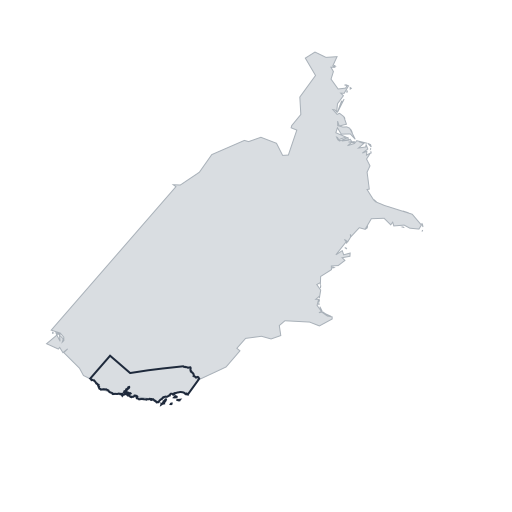 United States of America, with California highlighted, rotated 311°
{"feature_id": "USA-3521", "entity_name": "California", "entity_type": "State", "adm_level": 1, "iso_a3": "USA", "parent_name": "United States of America", "parent_adm1": "", "projection": "robinson", "projection_center": [-120.441, 37.266], "detail": "fine", "context": "in_parent", "style": "outline", "palette": "slate", "viewbox_px": 512, "rotation_deg": 311, "n_neighbors": 0, "source": "natural_earth", "source_scale": "10m", "svg_char_len": 8909}
<svg xmlns="http://www.w3.org/2000/svg" viewBox="0 0 512 512"><g transform="rotate(311 256 256)"><path d="M404.7,184.8L431.3,182.5L437.7,163.4L448.6,166.7L451.8,178.5L459.6,186.4L449.9,189.2L449.9,191.4L447.6,188.7L446.0,193.4L438.7,196.6L435.9,208.4L441.5,213.5L444.4,212.9L443.1,210.6L444.3,211.7L445.1,214.2L436.6,215.8L434.5,213.1L434.3,216.8L424.4,217.6L417.7,222.3L418.0,219.7L416.9,217.9L416.1,224.3L418.5,225.4L418.8,230.8L414.8,237.8L408.7,233.5L411.3,229.1L408.0,232.1L410.3,237.0L413.0,239.8L413.9,242.9L409.2,254.3L410.0,247.1L403.9,240.4L406.2,233.3L401.4,235.4L404.8,246.0L399.5,242.8L397.8,243.1L398.9,239.8L398.6,238.8L397.4,241.4L397.6,243.6L405.7,247.7L404.3,249.6L400.4,245.9L399.1,245.3L403.9,249.7L405.9,250.5L405.2,253.2L402.6,251.1L406.8,255.2L406.0,255.7L404.0,253.6L399.3,252.7L405.5,256.5L409.1,256.4L414.1,266.1L409.8,258.7L411.6,263.5L404.7,262.5L410.3,267.3L412.4,265.9L410.1,270.2L403.4,268.7L407.7,271.0L404.6,273.2L408.8,274.8L401.7,275.8L398.8,282.9L392.2,284.8L380.8,297.6L379.0,296.2L375.5,307.9L375.4,310.8L378.4,319.8L390.0,346.5L387.9,360.5L383.2,361.3L377.9,353.8L376.5,347.5L369.1,340.3L371.2,337.0L367.9,337.2L368.5,327.9L359.8,318.6L347.7,320.8L345.1,315.4L332.9,315.0L334.3,312.9L332.3,315.0L327.0,315.9L326.5,311.8L325.9,314.7L309.3,315.5L316.6,317.6L314.4,321.4L320.0,325.1L317.4,327.1L311.2,322.1L311.0,326.0L302.7,324.3L297.9,319.4L295.2,321.9L283.0,318.2L276.4,323.5L278.1,322.0L274.3,320.6L272.7,327.2L265.7,331.5L267.3,330.2L262.5,329.5L264.3,331.7L258.8,334.5L257.1,341.8L254.5,340.7L256.8,342.6L257.5,349.3L260.0,353.4L258.4,354.8L244.8,349.7L241.3,339.8L226.1,320.3L218.8,319.2L212.2,326.9L203.3,321.8L199.0,312.8L187.0,302.2L173.8,302.1L173.9,306.1L152.6,306.2L124.7,293.8L106.7,295.4L104.1,288.6L96.3,282.2L80.4,277.1L80.3,272.3L66.8,250.8L67.2,248.5L69.9,251.4L68.2,246.7L73.9,246.2L63.1,246.8L53.7,226.7L55.7,216.1L52.6,204.2L55.5,196.4L57.0,174.3L62.4,174.8L56.4,173.7L58.2,167.8L56.1,167.9L52.4,155.5L65.7,157.6L63.1,164.1L67.4,159.5L67.0,164.9L63.9,166.3L66.1,166.5L68.6,164.2L69.4,158.7L65.7,150.1L255.8,150.1L255.5,146.8L259.9,152.3L282.1,158.3L303.5,156.1L335.6,171.4L337.5,175.4L348.8,181.8L354.5,197.5L349.4,210.1L353.4,214.2L377.8,204.2L375.8,198.4L377.9,197.4L392.2,197.0L404.7,184.8ZM428.0,220.3L432.2,219.6L417.6,223.3L429.3,218.8L428.0,220.3ZM66.8,155.4L68.5,158.9L68.4,159.4L66.0,156.8L66.8,155.4ZM259.7,352.2L257.6,346.3L257.6,343.0L258.0,346.5L259.7,352.2ZM451.1,189.7L451.4,191.5L450.7,191.1L451.1,189.7ZM298.1,321.2L298.5,322.6L297.1,321.5L298.1,321.2ZM86.6,282.6L88.4,281.8L88.5,282.1L86.6,282.6ZM84.6,282.1L83.9,283.0L83.3,282.2L84.6,282.1ZM440.7,216.1L439.7,217.3L439.3,217.0L440.7,216.1ZM258.4,339.9L257.5,342.6L259.7,337.4L258.4,339.9ZM386.5,337.7L388.7,342.9L386.2,337.2L386.5,337.7ZM96.0,287.0L96.8,288.4L95.9,287.1L96.0,287.0ZM388.8,361.3L387.4,363.0L389.6,359.5L388.8,361.3ZM415.2,269.4L413.9,271.4L414.4,266.6L415.2,269.4ZM64.9,152.6L65.0,153.6L64.2,153.1L64.9,152.6ZM264.4,332.8L261.9,334.0L264.5,332.4L264.4,332.8ZM444.9,216.6L445.1,217.9L443.8,217.6L444.9,216.6ZM96.0,290.9L96.6,292.7L95.7,291.1L96.0,290.9ZM261.3,335.0L260.3,335.7L261.1,334.6L261.3,335.0ZM413.5,245.1L412.2,247.9L413.6,244.1L413.5,245.1ZM275.7,324.6L274.0,325.7L276.4,323.9L275.7,324.6ZM375.9,309.3L375.9,311.5L375.5,310.0L375.9,309.3ZM409.5,275.1L408.9,275.6L410.4,273.9L409.5,275.1ZM352.1,320.4L350.1,321.5L349.3,321.3L352.1,320.4ZM326.1,315.5L325.8,315.9L324.6,315.8L326.1,315.5ZM374.3,347.7L374.7,349.3L373.9,347.4L374.3,347.7ZM321.1,318.6L320.9,320.0L320.6,317.5L321.1,318.6ZM384.4,365.0L383.3,365.2L384.9,364.7L384.4,365.0ZM418.6,231.8L417.9,233.1L418.6,231.2L418.6,231.8ZM412.6,271.8L412.0,272.3L411.8,272.3L412.6,271.8Z" fill="#d9dde1" stroke="#a8b0b8" stroke-width="1"/><path d="M124.7,293.8L106.7,295.4L106.5,294.4L106.4,294.2L106.0,294.0L106.0,293.9L106.4,293.9L106.8,294.8L106.9,294.6L106.7,294.0L106.3,293.8L106.3,293.7L106.1,293.7L105.9,293.8L105.9,294.2L105.7,294.0L105.7,293.2L105.5,292.7L105.7,292.3L105.6,291.3L105.2,290.3L103.8,288.2L102.7,287.3L102.1,286.9L101.4,286.2L100.3,285.6L99.2,284.6L98.5,284.4L98.7,284.6L98.4,284.4L98.2,284.4L98.0,284.5L98.1,284.9L97.9,285.0L97.4,284.7L97.0,284.6L96.9,284.3L97.1,284.0L97.2,283.8L96.8,282.8L96.2,282.1L95.1,282.0L94.5,282.0L94.2,282.1L94.1,282.3L93.7,282.0L93.1,281.9L91.9,281.4L91.7,281.4L91.1,281.0L90.5,279.9L90.1,279.7L89.8,279.5L89.7,279.5L89.2,279.0L88.8,278.9L88.4,278.6L87.6,278.6L87.3,278.8L86.7,278.6L86.1,278.7L85.7,278.4L85.1,278.2L84.5,278.2L84.2,278.1L83.0,278.1L81.8,278.4L81.6,278.3L81.4,277.7L80.9,277.4L80.4,277.3L80.3,277.1L80.7,276.0L80.4,275.6L80.6,274.7L80.4,274.3L80.2,274.2L80.4,273.1L80.4,272.2L79.9,271.8L79.6,271.8L79.5,272.0L78.6,271.4L78.5,271.2L78.8,270.2L78.8,270.5L79.0,270.4L78.7,270.1L78.6,269.5L78.4,269.4L77.7,269.3L77.0,268.5L76.5,267.7L76.3,267.8L75.6,267.5L75.2,266.4L74.3,265.5L74.0,264.5L73.6,264.3L72.7,263.1L72.0,262.5L71.7,262.4L71.5,262.0L71.1,261.8L71.1,261.1L70.8,260.2L70.7,259.9L70.9,259.9L70.9,259.6L70.5,259.3L70.8,258.8L71.2,259.2L71.3,259.1L71.7,258.7L71.8,258.0L72.1,258.1L72.1,257.9L71.8,257.8L71.9,257.3L71.8,257.1L71.4,256.3L71.1,255.9L70.9,255.8L70.6,256.0L70.2,256.0L69.4,255.9L68.8,255.4L68.2,254.6L67.9,254.6L67.9,254.4L67.7,254.1L67.4,253.9L67.3,253.4L67.5,252.4L67.2,251.7L67.1,251.4L66.9,251.2L66.6,250.9L66.6,250.3L66.8,249.7L66.7,248.7L66.9,248.6L67.0,248.4L67.5,248.4L67.8,249.1L67.8,249.3L67.6,249.3L67.7,249.8L67.6,250.0L67.8,250.2L67.7,250.2L68.6,250.6L68.7,250.8L69.0,250.9L68.9,251.0L69.4,251.2L69.7,251.6L70.0,251.6L70.0,251.4L70.0,251.2L69.7,251.1L69.4,250.5L69.2,249.7L69.0,249.4L68.9,249.3L68.6,249.2L68.9,249.0L68.9,248.9L68.4,248.8L68.3,248.7L68.0,248.7L68.0,248.4L68.3,248.2L68.2,247.9L68.1,248.0L68.2,247.7L67.6,247.6L67.6,247.4L67.3,247.0L67.5,247.1L67.8,246.8L67.8,246.6L68.3,246.6L68.4,246.4L68.8,246.2L69.4,246.5L69.9,246.3L70.4,246.2L72.7,246.7L72.8,246.6L72.5,246.4L72.8,246.3L72.9,246.0L73.3,245.8L73.5,245.9L73.6,246.1L73.2,246.2L73.2,246.3L73.3,246.5L73.5,246.5L73.6,246.1L74.5,246.7L74.2,246.3L73.8,246.2L73.6,245.9L73.4,245.8L72.8,245.9L72.7,246.3L72.3,246.5L72.1,246.4L72.1,246.2L72.5,245.9L72.8,245.4L72.3,246.0L71.9,246.2L71.6,246.1L71.2,246.3L71.0,246.2L70.7,246.1L70.4,245.9L70.6,245.7L70.1,245.5L69.5,246.4L69.3,246.3L69.1,246.2L68.6,246.1L68.3,245.8L67.6,245.4L67.3,245.6L66.8,245.7L66.9,245.8L66.9,246.0L66.8,246.6L67.2,246.9L66.8,247.0L66.8,247.3L67.2,247.8L67.1,248.0L67.0,247.7L66.8,247.7L66.8,247.9L66.9,248.0L67.0,248.2L66.6,248.4L65.7,247.6L65.3,247.7L65.1,247.6L64.4,246.8L63.7,246.4L63.7,246.2L63.6,246.5L63.3,246.6L63.4,246.8L62.9,246.8L63.5,245.5L63.4,245.0L63.2,244.6L64.4,246.1L64.4,245.9L63.6,244.8L63.4,244.6L63.3,244.4L63.1,244.1L62.9,244.0L62.7,244.1L62.6,243.9L62.6,243.5L62.2,242.7L60.7,241.7L60.5,241.4L60.0,240.6L59.6,240.2L59.4,240.1L59.3,239.9L57.9,238.6L57.8,238.2L58.2,237.6L58.0,236.7L57.6,236.1L57.4,235.4L57.4,235.0L57.2,234.8L57.3,233.9L57.7,232.8L57.5,232.5L57.5,231.8L57.2,231.4L57.1,230.4L56.7,230.1L56.5,229.8L55.8,228.8L55.5,228.7L55.4,228.3L55.2,228.0L54.7,227.8L53.4,226.6L53.6,226.1L53.4,225.6L53.1,225.0L53.5,224.0L54.4,222.3L54.5,222.3L54.3,222.8L54.5,222.9L54.6,222.5L54.7,222.4L54.8,221.9L55.3,221.8L55.5,221.7L55.4,221.4L55.0,221.4L54.7,222.0L54.5,222.3L54.5,222.2L54.9,221.5L55.4,220.0L55.4,219.8L55.1,219.6L55.0,219.0L55.3,218.5L55.8,216.3L55.7,215.5L55.8,215.4L55.5,215.1L55.5,214.8L55.3,214.3L55.1,213.6L54.9,213.6L54.4,213.3L54.7,212.6L54.9,211.7L54.8,211.3L85.0,211.3L85.1,237.8L98.9,249.5L109.8,259.3L125.0,273.4L125.1,274.5L125.5,274.8L125.7,275.5L126.1,275.6L126.6,276.7L126.7,277.0L127.1,277.6L127.0,277.9L127.1,278.1L127.3,278.2L128.9,279.4L128.9,279.7L128.2,280.5L127.0,281.2L126.8,281.5L126.7,282.1L126.0,282.6L126.0,282.9L126.3,283.3L126.1,283.5L126.1,284.1L126.2,284.5L126.3,284.8L126.1,285.1L126.0,286.2L125.6,286.6L125.3,287.3L124.6,287.6L124.8,287.9L124.6,288.4L124.9,288.9L125.0,289.4L124.8,290.4L125.1,290.7L126.0,290.9L126.3,291.1L126.6,291.5L126.6,292.5L126.2,293.0L126.1,293.6L125.8,293.6L125.0,293.5L124.7,293.8ZM88.7,282.0L88.5,282.4L87.7,282.4L87.3,282.7L86.5,282.7L86.1,282.5L86.0,282.2L85.7,281.8L85.8,281.6L86.6,281.9L87.0,281.8L87.3,281.9L87.5,282.1L87.9,282.2L88.0,282.1L88.4,281.8L88.7,282.0ZM84.8,282.0L84.8,282.3L85.1,282.5L85.3,282.5L85.4,282.8L85.2,282.8L84.8,283.1L84.4,283.1L84.3,283.3L83.9,283.0L83.6,282.6L83.3,282.3L83.9,282.2L84.1,282.1L84.4,282.2L84.8,282.0ZM96.5,287.5L95.8,287.3L95.6,287.0L96.1,287.0L96.4,287.3L96.5,287.2L97.4,287.6L97.4,287.8L97.8,288.2L97.8,288.5L97.7,288.6L97.3,288.4L96.7,288.3L96.5,288.0L96.6,287.8L96.5,287.5ZM96.4,291.8L97.5,292.8L97.3,292.8L96.9,293.0L96.4,292.6L95.7,291.1L95.9,291.0L96.4,291.8ZM88.7,288.7L89.3,289.1L89.1,289.3L88.6,289.2L88.3,288.8L88.7,288.7ZM82.5,281.9L82.8,282.0L82.5,282.2L81.8,282.0L82.2,281.8L82.4,281.6L82.5,281.9ZM98.3,284.4L98.4,284.5L98.2,284.8L98.2,284.7L98.3,284.7L98.2,284.5L98.3,284.4Z" fill="none" stroke="#1e293b" stroke-width="2"/></g></svg>